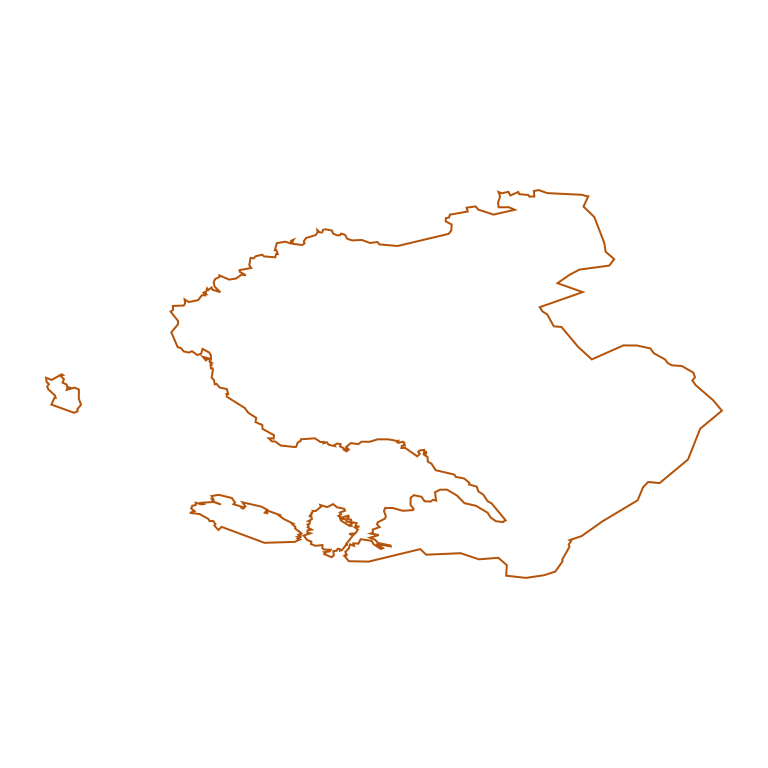 outline of Strand nor, Rogaland, Norway
{"feature_id": "86288312B48942403855190", "entity_name": "Strand nor", "entity_type": "district", "adm_level": 2, "iso_a3": "NOR", "parent_name": "Norway", "parent_adm1": "Rogaland", "projection": "natural_earth1", "projection_center": [5.968, 59.049], "detail": "fine", "context": "isolated", "style": "outline", "palette": "amber", "viewbox_px": 768, "rotation_deg": 0, "n_neighbors": 0, "source": "geoboundaries", "source_scale": "gbopen_adm2", "svg_char_len": 6099}
<svg xmlns="http://www.w3.org/2000/svg" viewBox="0 0 768 768"><path d="M721.9,410.7L713.1,400.2L695.5,385.0L692.4,380.5L695.0,377.3L693.3,372.6L681.8,366.0L671.8,365.3L667.9,363.2L665.0,359.4L653.9,353.3L650.3,348.4L636.8,345.5L623.4,345.4L591.8,359.4L577.9,346.6L561.5,327.0L553.8,326.3L547.2,314.4L542.5,311.4L539.7,307.2L582.7,292.1L557.5,283.2L569.9,274.6L579.5,269.6L609.2,265.6L614.2,259.2L605.6,251.6L604.3,243.0L594.3,217.0L583.5,206.6L588.7,195.3L587.9,196.6L582.0,194.8L547.2,193.1L538.8,190.1L533.9,191.0L534.3,196.5L529.3,196.6L528.4,195.0L519.3,194.2L518.3,192.0L510.3,195.5L508.4,191.8L501.9,193.3L498.5,192.0L500.1,196.4L498.0,203.0L498.7,207.3L508.9,207.2L514.7,209.8L493.5,214.6L478.3,209.6L475.6,206.4L466.6,207.7L467.7,211.5L449.8,214.7L449.1,217.5L445.9,218.1L445.7,221.4L451.7,224.5L451.3,230.5L448.6,233.9L397.5,246.0L379.3,244.4L377.5,242.0L370.1,243.0L361.9,240.0L352.1,240.4L347.2,238.7L345.0,234.8L341.0,233.6L340.1,235.2L336.8,235.3L332.8,233.3L332.1,230.6L325.6,229.3L323.1,229.8L322.1,232.5L319.7,232.4L317.3,230.1L317.6,232.3L315.8,235.0L306.1,238.0L303.8,241.2L304.5,243.4L302.3,245.0L293.2,243.9L292.2,241.9L293.6,239.7L291.1,240.8L290.9,243.5L285.2,241.7L276.9,243.1L274.8,250.2L276.4,250.2L277.8,254.1L276.2,254.0L275.2,257.3L264.0,256.4L262.3,254.7L255.8,256.2L253.6,258.4L250.5,257.9L249.3,265.3L251.2,268.0L239.5,270.1L239.9,271.9L245.9,275.3L241.5,274.7L236.1,278.5L229.2,279.6L219.4,275.4L219.5,276.9L215.2,279.0L213.6,282.3L214.7,286.7L220.4,292.2L212.5,289.7L211.6,287.5L208.3,290.0L207.1,288.4L206.3,291.5L204.8,292.0L206.1,293.9L203.8,293.3L205.1,295.3L201.8,295.3L198.2,300.1L188.7,302.1L184.6,299.4L185.1,303.4L183.9,305.5L172.8,306.0L173.0,309.9L170.6,311.6L178.1,321.0L178.0,324.3L171.3,332.3L177.7,347.2L180.8,348.0L183.7,351.4L189.0,352.6L191.9,351.2L197.3,355.0L201.1,353.8L202.6,348.9L209.2,352.5L210.9,355.4L210.9,359.0L202.8,356.8L206.6,361.1L205.5,358.4L210.2,359.5L210.4,361.3L208.7,361.8L210.3,361.5L211.1,362.2L210.1,362.0L211.6,364.9L210.5,365.0L210.9,368.4L212.6,368.4L212.9,370.1L211.6,377.7L213.9,379.9L214.8,384.3L216.5,383.8L219.6,387.5L226.9,389.1L228.2,394.0L226.5,394.0L226.8,396.7L244.9,408.1L248.4,412.9L256.2,417.8L255.5,422.1L262.3,425.0L262.5,428.9L274.0,435.2L273.7,438.5L268.8,438.3L271.9,441.4L275.2,441.5L280.7,445.5L294.5,447.0L296.2,446.8L297.7,442.5L300.7,440.9L300.8,439.3L314.9,438.3L320.4,442.0L323.7,441.9L323.5,443.3L326.8,442.2L328.6,444.7L331.9,445.5L334.8,446.1L334.2,445.2L337.3,443.5L340.6,444.1L340.0,446.3L345.7,449.4L344.2,450.0L346.5,451.4L348.8,449.6L346.2,447.0L350.7,443.1L358.5,444.1L361.4,441.7L369.6,441.8L377.7,439.3L388.1,439.3L395.8,440.7L397.9,442.9L397.3,441.2L398.5,440.7L398.7,442.8L402.8,441.7L404.4,442.8L403.7,445.0L405.8,445.4L401.9,445.8L401.4,448.0L405.2,447.9L417.2,456.3L419.8,453.8L418.2,451.9L419.5,450.5L424.2,449.9L424.0,452.7L426.0,451.8L426.3,453.5L424.1,454.7L427.5,457.0L427.9,461.8L431.4,463.6L435.7,470.2L454.4,474.6L455.7,476.8L464.1,478.5L469.5,483.0L469.1,484.5L476.7,486.6L478.4,491.5L483.3,494.6L487.6,501.2L491.6,503.4L505.7,520.4L502.9,521.9L503.8,522.2L495.9,521.2L490.6,517.5L487.6,512.7L476.0,505.8L464.5,503.2L456.9,495.5L446.9,489.6L440.0,489.7L435.0,492.3L436.1,500.6L433.1,499.8L430.5,501.6L424.5,501.2L421.5,496.8L413.9,495.2L410.7,497.7L410.5,504.9L413.7,508.9L413.0,510.1L402.9,510.8L392.3,507.9L385.1,508.1L384.0,511.0L385.9,516.5L384.9,518.6L377.7,522.4L377.0,524.3L379.6,527.1L372.7,529.6L372.9,532.7L370.6,533.5L378.8,535.1L369.9,537.7L375.2,539.8L378.1,543.0L390.5,545.5L390.8,546.4L376.5,544.0L382.9,548.1L380.9,549.0L373.6,544.2L371.5,540.8L360.6,539.2L358.5,543.6L353.3,543.4L354.0,545.8L349.9,544.3L349.0,548.3L345.3,551.9L346.3,554.1L344.8,555.3L346.4,555.3L345.2,556.9L348.8,561.2L368.7,561.6L420.3,549.1L426.2,554.7L460.6,553.2L478.9,559.3L498.3,557.8L506.8,565.1L506.2,575.7L526.0,577.9L544.1,575.2L555.3,571.6L562.6,561.2L562.1,559.9L569.5,546.8L568.7,544.5L571.1,541.0L569.6,540.1L581.6,536.1L602.2,521.5L637.6,500.3L643.1,487.2L648.2,482.0L659.6,483.1L688.0,459.5L700.2,428.7L721.9,410.7ZM218.8,494.8L211.5,496.0L213.4,499.5L211.8,499.4L213.8,501.8L221.0,504.5L213.6,502.0L201.5,502.8L203.5,504.1L201.3,504.4L195.6,502.7L195.7,505.1L192.3,505.7L191.2,508.5L194.5,511.1L189.9,512.9L199.5,514.0L208.6,519.1L209.6,521.2L213.1,520.9L215.5,524.1L214.3,525.5L218.4,530.0L221.6,526.9L264.4,542.8L294.6,541.9L299.9,539.5L297.7,538.6L299.9,537.4L298.0,536.7L299.6,536.3L297.9,535.4L300.0,535.7L298.5,534.7L301.6,535.0L299.1,534.4L301.3,533.2L295.1,528.5L295.4,527.0L292.4,524.2L293.4,523.8L283.6,518.9L279.1,515.6L280.0,515.1L269.5,511.3L266.9,511.3L267.2,513.2L264.8,512.7L266.9,510.3L268.5,510.5L261.3,506.6L242.4,502.3L245.4,506.5L243.2,508.6L241.6,507.8L242.6,507.0L233.4,504.2L235.0,502.5L231.8,498.0L218.8,494.8ZM327.3,507.1L320.3,505.0L321.0,506.7L315.7,511.0L312.7,510.9L313.0,511.6L311.5,513.0L311.8,513.6L309.8,515.7L309.7,516.4L311.3,516.2L311.9,519.1L308.4,521.1L310.0,521.4L309.4,524.0L307.5,524.5L308.6,526.2L307.7,527.3L311.6,529.6L307.5,530.4L307.4,532.4L310.4,533.3L303.6,535.5L307.3,540.1L311.4,541.6L310.9,544.0L315.3,545.8L322.5,545.1L322.3,548.2L324.1,549.6L330.7,549.7L329.8,551.4L324.1,552.2L325.3,553.3L324.4,554.2L331.6,557.2L333.8,555.5L333.3,551.1L336.7,550.7L337.6,548.8L339.7,549.0L339.9,550.7L342.0,550.1L346.0,545.0L347.6,545.3L346.1,544.1L353.3,535.1L350.7,534.5L349.2,533.9L355.5,533.3L357.9,529.6L355.0,527.5L359.5,526.5L355.4,526.1L356.6,523.2L353.8,522.4L350.4,524.5L351.5,525.8L349.8,526.0L341.0,520.6L340.2,518.6L345.9,519.3L346.5,521.4L351.8,522.5L351.1,519.6L348.1,519.3L347.3,517.2L348.8,516.8L348.3,515.6L341.8,517.6L338.5,515.9L341.1,514.3L339.8,512.6L345.0,510.7L344.2,508.8L336.8,507.2L333.2,504.1L327.3,507.1ZM61.7,374.3L51.7,379.9L46.1,377.8L46.6,381.9L48.9,384.1L47.2,386.6L48.3,389.3L55.0,395.5L55.7,397.9L54.4,397.9L51.4,404.6L74.2,412.8L77.5,411.4L77.4,409.3L81.0,404.7L78.8,398.5L78.9,389.6L74.7,387.6L66.7,389.8L66.9,389.2L69.0,388.0L69.0,387.7L67.5,388.0L68.8,387.4L67.1,387.0L66.6,384.5L62.6,382.7L63.9,379.0L60.0,375.5L62.8,375.0L61.7,374.3Z" fill="none" stroke="#b45309" stroke-width="2"/></svg>